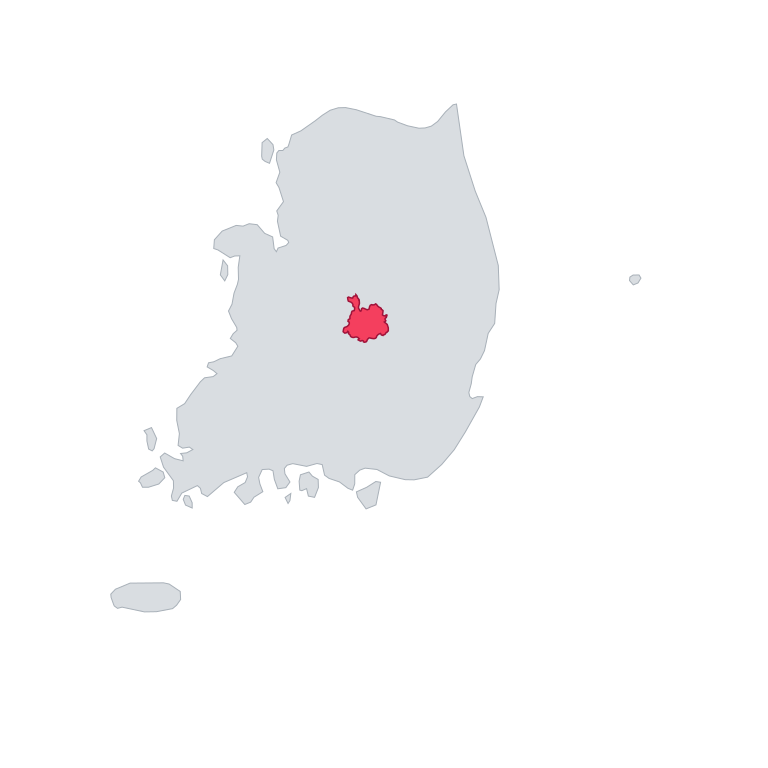 location of Sangju-si, North Gyeongsang, South Korea, rotated 16°
{"feature_id": "91817680B21539665501577", "entity_name": "Sangju-si", "entity_type": "district", "adm_level": 2, "iso_a3": "KOR", "parent_name": "South Korea", "parent_adm1": "North Gyeongsang", "projection": "robinson", "projection_center": [128.043, 36.44], "detail": "fine", "context": "in_parent", "style": "filled", "palette": "rose", "viewbox_px": 768, "rotation_deg": 16, "n_neighbors": 0, "source": "geoboundaries", "source_scale": "gbopen_adm2", "svg_char_len": 5220}
<svg xmlns="http://www.w3.org/2000/svg" viewBox="0 0 768 768"><g transform="rotate(16 384 384)"><path d="M223.6,184.6L226.3,182.6L226.5,179.7L226.6,170.1L234.3,163.6L245.3,150.0L250.7,142.6L256.8,135.7L263.9,131.1L270.8,128.9L281.8,128.0L302.7,128.8L306.8,128.0L321.3,127.3L324.8,128.5L335.3,129.3L347.1,128.5L353.0,126.5L358.4,123.1L363.2,116.9L368.1,105.5L373.4,96.6L376.5,94.9L397.9,142.6L418.5,173.4L436.1,195.7L461.2,238.6L468.7,261.6L469.5,275.8L473.7,295.3L470.2,306.6L471.4,324.2L469.8,333.3L466.8,340.0L466.8,352.8L467.8,359.7L467.9,368.8L469.9,372.4L472.8,373.7L477.3,370.4L482.9,369.0L482.0,379.9L475.4,407.7L469.6,427.9L461.7,445.4L451.6,461.5L439.4,467.8L430.8,470.1L414.4,470.9L400.8,468.1L389.0,470.1L384.4,473.5L380.9,479.2L383.4,488.1L383.1,494.7L378.1,494.2L368.2,490.4L357.2,489.9L352.0,488.0L346.8,478.5L341.5,478.9L332.3,484.5L318.2,485.7L313.2,488.8L311.5,492.7L313.5,497.6L320.6,504.1L318.2,510.7L310.8,514.0L304.9,505.9L301.2,498.0L297.0,497.5L290.5,499.8L289.2,508.3L292.2,514.2L297.2,520.9L290.2,528.7L288.4,534.3L283.4,538.2L269.9,529.4L271.8,523.1L277.7,517.0L278.4,510.8L276.5,507.1L257.2,522.9L245.3,540.9L238.9,539.5L236.3,534.9L232.6,533.1L219.7,544.6L217.3,553.8L212.6,554.2L210.5,550.3L210.4,542.0L208.2,535.0L195.0,524.7L189.0,515.8L192.2,510.8L203.3,513.5L212.1,513.2L210.4,508.9L207.6,506.9L213.4,504.5L218.3,499.7L214.3,498.3L208.1,501.2L203.0,499.8L201.0,488.1L194.8,476.1L191.6,464.5L197.8,457.8L201.1,447.4L206.9,432.4L209.8,427.5L217.7,424.0L220.6,420.1L216.2,418.1L209.3,416.3L209.5,412.0L214.2,409.6L219.6,404.8L229.9,399.0L233.1,388.0L230.1,385.2L223.7,382.6L225.2,377.1L227.9,372.9L226.9,370.3L219.4,363.2L214.4,356.7L215.9,349.2L214.8,338.0L215.6,328.6L215.3,323.5L211.7,312.0L210.1,300.5L205.2,302.1L201.3,305.0L187.4,300.9L183.0,300.7L181.2,292.1L186.3,281.6L198.2,272.3L205.0,271.1L210.2,267.1L218.2,265.8L227.8,272.1L236.4,273.3L241.1,284.2L244.1,286.5L244.7,282.5L251.7,277.8L253.4,274.3L251.9,272.4L243.9,270.4L236.7,256.9L235.8,251.0L233.2,247.2L237.1,236.4L228.9,224.1L224.8,220.2L225.5,209.1L221.2,202.1L218.8,198.2L217.3,191.5L218.6,188.5L222.4,187.4L223.6,184.6ZM193.7,670.7L189.7,673.1L185.9,671.7L184.9,670.5L180.5,664.4L179.3,661.3L182.4,655.3L194.8,645.4L226.9,635.9L232.6,635.5L245.3,639.6L247.9,647.2L245.6,653.8L242.7,658.2L228.0,665.6L216.5,669.1L193.7,670.7ZM409.6,502.4L401.2,509.0L389.9,500.2L387.2,495.3L395.8,488.1L403.0,480.0L407.8,479.4L409.6,502.4ZM349.5,501.6L348.5,512.1L342.2,512.6L338.4,505.9L334.4,509.2L332.3,509.2L329.2,500.8L328.7,494.3L336.1,489.3L340.5,492.3L347.0,493.9L349.5,501.6ZM186.0,548.2L180.3,549.8L177.1,546.1L174.9,545.1L176.2,540.3L185.5,530.8L187.4,527.6L196.0,529.5L199.1,534.5L195.1,542.2L186.0,548.2ZM213.6,189.4L213.1,203.4L208.3,202.8L205.0,201.4L203.6,198.7L200.3,185.6L204.1,180.2L211.3,184.5L213.6,189.4ZM180.8,509.6L179.6,512.2L175.7,511.4L171.8,504.1L170.1,498.2L166.2,495.0L172.5,490.0L180.5,499.1L180.8,509.6ZM203.7,321.9L202.5,328.8L196.6,324.2L195.1,309.1L201.1,313.5L203.7,321.9ZM600.3,216.9L596.3,220.0L591.5,216.9L590.9,213.5L593.4,210.6L599.1,208.9L601.8,211.4L600.3,216.9ZM232.3,551.0L233.8,556.1L226.6,555.1L222.8,550.2L223.3,546.0L227.6,545.4L232.3,551.0ZM325.7,522.0L324.7,525.3L320.2,520.3L324.6,514.9L325.7,522.0Z" fill="#d9dde1" stroke="#a8b0b8" stroke-width="1"/><path d="M325.2,311.0L326.2,313.2L326.9,314.2L328.1,314.3L329.5,314.4L330.9,314.9L332.2,316.1L332.5,317.3L333.0,317.9L334.6,318.4L334.9,319.2L335.2,321.6L334.2,322.2L333.3,322.7L333.0,323.9L333.2,324.9L333.2,326.2L332.7,327.5L332.7,329.1L333.2,330.0L333.1,330.9L332.2,331.6L331.9,332.1L332.1,333.7L333.4,334.2L333.9,335.0L333.9,335.7L333.9,336.6L333.5,337.6L332.7,338.8L332.2,339.3L330.6,340.4L330.0,341.4L330.0,342.1L330.1,343.4L330.3,345.0L332.2,345.9L333.4,345.4L334.4,344.3L334.7,343.3L335.8,344.0L335.9,345.3L336.9,345.8L338.1,346.4L338.6,347.3L339.6,347.8L340.8,347.9L342.2,347.6L343.2,346.9L344.5,346.4L346.0,346.4L346.9,346.9L347.7,347.3L347.0,348.1L346.9,348.7L348.5,349.1L349.8,349.2L351.0,348.2L352.2,348.3L352.7,349.2L353.9,349.2L355.3,348.3L355.6,347.5L355.7,347.3L355.7,346.2L356.1,345.1L357.0,343.7L357.8,343.6L359.2,343.6L360.7,343.4L361.9,343.2L363.2,342.4L363.8,341.4L363.8,340.0L364.3,338.8L365.0,337.7L366.6,336.4L367.3,336.9L367.8,337.5L368.2,337.6L369.7,337.6L369.8,337.0L370.4,336.7L371.2,336.1L371.6,335.1L372.0,333.7L372.6,333.5L373.0,332.4L373.5,331.8L372.7,328.9L370.7,325.9L369.9,325.5L368.6,324.9L367.9,324.7L367.2,324.3L368.2,323.3L368.3,322.6L367.4,321.9L367.0,320.9L367.3,320.1L367.9,319.5L367.9,317.0L367.0,316.9L366.6,318.2L366.0,318.3L364.5,318.4L363.5,318.0L363.3,316.6L363.1,314.9L362.8,313.7L361.8,313.2L360.7,312.9L360.5,312.1L359.3,311.7L357.8,311.4L356.4,310.8L355.7,310.2L354.8,309.5L353.8,309.3L353.0,310.4L351.5,311.1L350.2,311.1L349.1,312.1L348.8,313.7L349.0,316.1L347.4,317.3L345.7,317.1L343.8,316.8L342.4,316.9L341.7,317.8L341.9,319.1L341.6,320.4L340.6,320.3L339.7,319.1L338.6,318.2L338.2,316.5L338.2,315.6L338.2,314.4L338.2,313.4L337.7,311.9L337.0,310.1L336.6,310.2L336.3,309.4L335.2,308.7L334.5,308.0L333.8,306.8L332.3,305.8L332.5,307.1L331.0,307.7L330.4,308.4L330.2,310.0L328.9,310.3L327.5,310.3L325.9,310.2L325.2,311.0Z" fill="#f43f5e" stroke="#9f1239" stroke-width="1.5"/></g></svg>